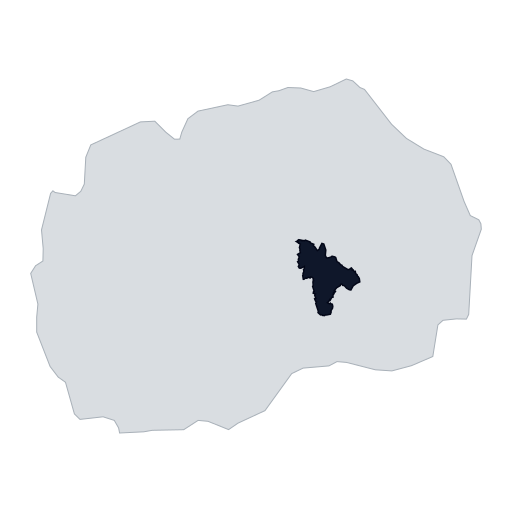 Negotino, Negotino, North Macedonia shown in context
{"feature_id": "65306769B63258214258120", "entity_name": "Negotino", "entity_type": "district", "adm_level": 2, "iso_a3": "MKD", "parent_name": "North Macedonia", "parent_adm1": "Negotino", "projection": "albers", "projection_center": [22.101, 41.515], "detail": "fine", "context": "in_parent", "style": "filled", "palette": "ink", "viewbox_px": 512, "rotation_deg": 0, "n_neighbors": 0, "source": "geoboundaries", "source_scale": "gbopen_adm2", "svg_char_len": 2815}
<svg xmlns="http://www.w3.org/2000/svg" viewBox="0 0 512 512"><path d="M228.3,104.8L238.0,106.1L259.1,100.2L272.3,91.9L279.0,90.7L287.9,87.5L300.7,88.0L313.7,91.6L330.1,86.8L346.3,79.0L352.8,80.9L359.9,87.5L364.5,89.4L391.6,124.3L406.4,138.4L423.9,149.1L443.8,156.8L451.0,164.3L464.1,201.5L470.3,215.6L478.8,219.8L480.9,223.8L481.3,229.2L472.0,255.6L468.7,314.4L466.4,319.1L456.3,318.9L443.0,320.3L437.9,324.9L432.8,356.5L411.4,365.7L391.9,370.9L375.4,369.8L346.4,362.4L337.0,361.6L328.9,365.9L303.1,368.1L291.7,373.6L265.0,410.6L237.9,423.2L228.6,429.6L208.0,421.3L198.1,420.4L183.7,429.7L152.3,430.3L143.8,431.8L119.6,433.0L118.6,427.9L114.3,420.4L103.1,416.8L80.0,419.4L74.4,413.9L65.5,382.3L58.2,377.1L50.1,366.5L36.7,332.1L36.7,317.1L37.9,304.1L30.7,273.4L35.6,265.7L42.9,261.0L43.2,248.7L41.5,229.9L50.6,193.4L52.9,190.8L55.1,192.5L75.4,195.8L80.8,191.3L84.3,184.1L85.8,157.2L90.8,144.9L140.4,121.9L154.8,121.2L165.8,132.2L174.5,139.2L179.8,139.1L181.8,132.1L187.9,118.7L198.0,111.1L228.0,104.7L228.3,104.8Z" fill="#d9dde1" stroke="#a8b0b8" stroke-width="1"/><path d="M300.9,268.2L304.4,266.4L304.3,268.8L303.5,269.5L303.9,271.4L303.0,273.4L303.2,275.1L302.7,275.4L303.3,279.3L303.9,279.3L305.4,278.1L306.8,278.3L308.2,277.3L310.1,278.0L310.4,277.0L312.0,277.2L313.5,278.7L313.1,280.1L313.7,280.8L312.9,281.8L313.2,285.6L312.6,286.3L314.2,291.4L313.5,291.7L313.2,293.2L315.4,294.0L314.7,295.2L315.8,298.4L314.6,298.8L315.6,301.2L316.5,301.8L315.7,303.4L318.3,311.3L318.0,312.6L320.5,314.9L321.9,314.7L322.4,315.4L324.6,315.6L325.7,314.7L326.5,315.0L330.4,314.2L331.2,311.9L330.7,311.2L332.5,308.3L332.8,306.3L332.3,304.2L330.7,303.7L330.3,303.1L329.4,303.8L327.4,302.7L329.4,300.7L329.6,299.7L330.2,300.3L331.7,297.5L333.0,297.2L332.9,294.7L333.3,293.7L333.7,294.1L334.1,293.5L333.7,292.4L334.9,292.2L335.5,291.3L334.3,290.6L336.7,287.7L340.3,285.6L340.6,284.3L341.9,284.0L342.7,285.4L344.3,285.6L346.6,288.2L349.2,289.7L350.9,290.0L353.2,285.8L356.9,283.2L359.8,281.9L359.3,278.5L358.2,276.6L357.4,276.1L357.1,274.7L355.7,273.6L355.3,271.4L354.4,271.8L353.2,269.9L352.2,270.2L352.1,268.7L351.3,267.9L349.3,269.4L348.0,269.6L342.5,266.4L341.9,265.2L340.7,264.8L338.9,262.7L337.0,261.7L335.7,257.5L334.8,256.9L332.0,256.2L331.3,256.9L328.9,257.7L326.9,258.0L326.3,257.5L325.3,255.4L325.8,250.0L323.8,244.0L321.9,243.4L319.4,248.2L319.4,249.2L317.3,250.6L315.0,247.1L313.4,245.8L313.8,244.3L310.4,242.9L310.1,241.9L305.3,240.1L304.3,240.8L302.9,240.4L302.4,240.7L301.7,240.2L301.2,240.6L300.2,239.9L298.6,239.7L297.7,240.5L298.3,242.0L298.1,242.6L297.1,241.2L296.3,241.5L300.3,244.1L299.4,247.7L300.2,249.3L299.8,250.0L300.4,252.7L297.5,254.4L299.3,256.9L298.3,259.3L298.6,261.1L297.6,261.7L299.0,264.1L299.1,265.2L298.3,266.4L299.3,268.1L300.9,268.2Z" fill="#0f172a" stroke="#020617" stroke-width="1.5"/></svg>